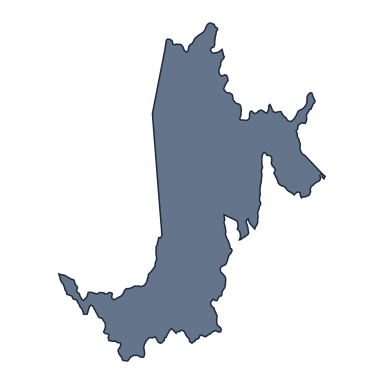 the district of Macarani, Bahia, Brazil
{"feature_id": "56859067B98841260040337", "entity_name": "Macarani", "entity_type": "district", "adm_level": 2, "iso_a3": "BRA", "parent_name": "Brazil", "parent_adm1": "Bahia", "projection": "equal_earth", "projection_center": [-40.385, -15.539], "detail": "fine", "context": "isolated", "style": "filled", "palette": "slate", "viewbox_px": 384, "rotation_deg": 0, "n_neighbors": 0, "source": "geoboundaries", "source_scale": "gbopen_adm2", "svg_char_len": 6000}
<svg xmlns="http://www.w3.org/2000/svg" viewBox="0 0 384 384"><path d="M58.8,273.9L59.7,276.8L60.3,279.7L61.8,282.4L63.3,284.3L64.6,287.8L65.2,290.3L66.4,291.5L66.8,294.3L71.6,295.9L73.4,299.1L76.5,299.8L77.7,302.3L79.6,305.5L80.3,307.4L81.6,308.3L83.1,311.9L83.6,314.2L87.1,314.2L89.5,306.4L91.0,305.1L93.0,306.5L98.7,317.2L102.6,318.8L103.4,320.7L104.9,322.5L105.4,324.9L105.3,327.9L103.6,332.0L105.1,333.5L107.3,333.8L108.9,334.9L108.2,337.6L109.0,340.6L112.8,341.3L115.8,341.2L117.0,342.5L120.4,342.9L120.7,345.3L119.7,347.6L118.4,349.2L118.1,351.0L119.1,354.0L121.3,356.9L122.9,360.4L127.7,361.0L128.8,359.7L130.3,357.4L133.4,355.4L137.6,355.4L140.9,357.2L143.6,357.2L144.5,354.7L144.6,352.8L143.7,347.0L144.4,344.4L146.0,341.3L148.0,338.8L149.8,337.5L152.4,337.9L155.3,336.8L158.3,342.2L160.3,343.2L161.8,342.8L164.3,340.3L164.5,337.8L166.1,337.4L167.0,335.1L169.7,330.4L171.4,328.7L172.9,329.8L176.1,333.3L177.3,331.6L179.7,331.6L180.7,330.4L182.3,330.3L184.3,331.6L186.1,335.3L187.6,337.3L189.0,338.6L189.7,341.6L191.9,343.2L193.4,342.0L194.9,341.2L195.6,339.3L197.1,339.3L198.9,338.2L199.8,335.6L201.7,335.1L203.3,336.0L205.4,336.8L207.3,335.7L209.0,334.2L210.6,333.8L211.8,332.3L214.2,331.0L216.1,330.8L218.3,332.0L220.5,331.9L221.3,330.0L220.6,327.8L219.4,326.7L218.1,326.0L217.0,324.2L216.7,321.5L216.7,319.1L217.1,316.0L215.9,313.0L214.8,310.7L213.9,307.9L212.5,307.0L211.4,305.6L210.4,303.5L211.1,301.8L213.2,299.0L214.7,300.4L217.0,300.7L218.3,298.0L219.3,296.2L221.1,296.0L221.9,294.5L222.0,292.6L222.9,290.2L224.6,288.0L225.3,285.2L225.7,279.9L225.5,277.7L224.7,276.2L223.3,274.4L220.6,271.8L220.2,268.3L221.7,266.4L223.1,265.7L225.4,264.8L226.6,262.8L227.3,260.7L228.1,257.9L229.2,254.9L230.6,253.6L232.0,250.9L231.7,249.0L230.1,248.1L229.7,244.9L228.9,242.8L228.1,240.7L226.8,238.4L226.2,236.5L225.3,234.4L225.9,231.7L225.2,227.2L224.5,224.6L223.9,222.1L224.8,219.8L224.2,216.9L224.0,214.7L237.0,220.9L237.8,223.5L238.1,225.6L237.3,229.2L239.3,231.1L240.1,233.0L240.4,235.6L240.2,237.9L239.3,239.8L241.0,239.5L242.6,238.0L244.6,237.0L246.2,235.7L247.6,234.8L248.7,233.0L248.2,230.6L247.9,227.8L247.0,224.7L246.2,222.3L246.6,220.2L248.1,218.8L249.0,221.6L250.3,224.0L254.8,229.0L255.3,227.0L256.7,225.1L257.7,222.5L257.6,219.7L258.1,217.2L257.8,214.4L257.8,211.7L259.0,209.1L259.4,206.4L260.4,205.1L260.7,202.8L259.5,200.3L259.6,197.0L260.4,194.2L259.9,191.8L260.1,187.0L261.2,182.0L261.4,178.9L261.8,176.4L261.8,173.9L261.3,170.4L262.6,167.6L262.0,165.4L261.8,162.9L261.8,158.5L262.2,156.1L262.8,153.8L264.4,152.5L265.9,153.7L267.1,155.5L269.4,155.4L270.8,156.2L271.7,158.2L271.7,160.1L271.3,163.3L272.3,165.8L274.0,167.5L275.4,169.8L274.8,171.6L273.8,173.0L275.1,175.0L275.7,176.7L276.8,178.6L277.5,180.4L278.2,182.9L279.7,184.7L281.7,185.9L283.6,186.3L285.1,187.2L286.3,189.0L288.7,191.4L290.9,192.3L294.2,194.9L295.5,193.5L297.6,191.9L300.1,192.6L300.5,196.1L301.5,197.9L302.8,197.0L305.1,196.9L309.1,195.2L309.8,193.7L310.6,191.9L310.3,189.1L311.2,186.3L313.2,185.2L314.5,183.6L317.6,181.6L319.2,181.0L320.1,179.7L320.5,177.5L319.8,175.5L320.9,174.2L322.5,174.1L304.4,155.0L302.7,154.4L301.6,152.7L300.7,151.1L300.0,148.8L300.2,143.8L299.4,141.8L299.0,139.5L297.9,137.8L297.1,135.8L297.3,133.7L296.0,130.9L297.7,129.0L297.8,127.0L298.4,124.8L299.7,124.2L301.4,122.8L305.0,123.5L306.3,121.5L306.7,119.0L306.4,115.8L307.2,113.2L308.5,111.7L309.6,109.3L311.0,109.2L313.1,104.0L314.6,102.7L315.0,100.9L313.4,97.5L312.6,95.5L312.0,93.2L310.5,92.6L308.8,93.9L307.1,96.6L307.0,100.2L306.9,102.4L305.8,105.3L303.8,107.8L302.4,109.0L300.3,109.9L298.1,111.3L295.8,116.3L294.7,118.2L293.1,119.9L291.5,121.1L290.0,121.4L288.7,121.1L287.3,120.2L286.1,117.9L284.2,116.6L283.1,115.1L281.8,113.1L281.0,111.6L278.9,111.7L276.8,112.3L274.6,112.4L273.0,111.1L272.0,109.4L271.1,106.6L269.9,104.5L268.8,105.5L268.8,107.6L268.3,110.3L266.8,113.2L264.7,112.2L263.0,110.9L261.0,110.0L258.5,111.1L256.6,112.9L254.7,113.5L253.0,112.6L252.0,111.1L250.3,111.5L249.6,113.3L249.5,115.3L249.5,118.1L247.8,120.0L245.7,120.4L243.5,120.0L241.3,120.1L239.6,118.7L240.3,116.8L241.0,115.1L241.0,112.2L241.4,109.9L240.9,107.4L240.3,105.2L239.0,104.1L236.6,103.5L234.7,102.0L233.1,99.5L232.8,97.2L232.3,94.8L230.4,93.2L226.8,92.6L225.0,91.1L223.6,88.9L224.6,86.5L226.0,83.4L228.0,80.6L227.6,77.6L226.6,75.4L224.8,74.8L222.6,75.8L220.7,75.7L219.3,73.6L218.8,70.9L219.1,69.1L220.1,66.9L220.7,65.3L220.6,63.3L221.6,60.5L223.4,58.7L224.3,56.9L223.4,55.2L222.9,52.6L222.0,49.4L218.2,52.4L216.5,52.5L214.5,53.0L212.4,53.1L211.4,51.8L210.4,49.6L211.2,48.0L212.8,47.6L214.0,46.7L214.7,44.5L214.7,41.8L215.0,39.0L215.3,36.8L215.9,34.5L216.3,31.5L217.6,29.5L217.0,27.8L215.2,27.1L214.2,24.4L212.5,23.8L210.7,23.0L208.6,23.4L207.0,25.1L206.0,27.1L205.4,28.8L204.5,30.6L203.4,32.1L199.0,35.1L195.9,37.5L194.5,39.1L193.5,41.3L192.3,43.4L190.6,44.3L188.8,46.4L188.4,49.4L187.9,51.1L186.3,52.1L184.3,50.5L182.9,46.8L181.4,44.8L179.8,44.3L178.1,44.3L176.3,44.1L174.2,44.9L172.8,43.8L172.1,40.7L170.1,39.4L167.8,39.0L166.4,40.1L164.9,49.7L152.4,113.7L159.5,204.3L161.4,228.0L161.9,235.6L160.7,237.7L158.7,237.7L158.2,240.5L157.5,242.5L157.4,244.4L156.1,246.6L156.0,254.1L156.5,256.5L156.6,259.4L155.2,263.3L154.9,266.5L153.5,268.4L152.4,270.0L150.6,272.2L148.5,274.1L148.2,276.7L147.5,278.5L147.0,280.8L146.0,283.3L143.9,285.6L141.5,286.4L140.2,286.6L138.6,285.9L136.8,286.3L134.3,286.1L131.8,287.7L128.6,288.6L127.0,288.6L125.6,289.1L123.9,291.7L123.0,294.0L120.8,296.3L117.5,297.8L115.6,299.0L113.7,299.8L111.7,297.9L111.8,296.0L112.4,293.7L110.9,292.6L109.0,292.5L107.2,293.7L105.3,294.2L104.0,292.9L101.9,292.6L99.5,292.5L97.3,293.9L95.3,293.6L92.9,292.7L90.0,292.2L88.2,292.4L87.5,295.0L86.5,297.4L83.4,300.4L82.1,299.7L81.2,297.9L80.1,296.4L79.4,293.9L78.2,292.7L76.9,292.1L76.7,289.8L77.6,287.7L76.6,285.8L75.4,284.6L74.7,282.7L74.2,280.3L72.8,279.5L71.4,279.2L64.5,275.3L62.4,274.8L60.6,274.6L58.8,273.9ZM322.5,174.1L322.1,177.0L323.9,178.8L325.2,176.4L322.5,174.1Z" fill="#64748b" stroke="#1e293b" stroke-width="1.5"/></svg>